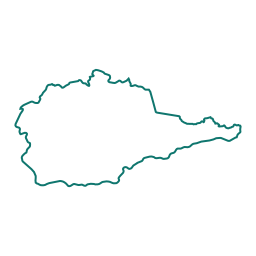 Yevrey, Robinson projection
{"feature_id": "RUS-2613", "entity_name": "Yevrey", "entity_type": "Autonomous Region", "adm_level": 1, "iso_a3": "RUS", "parent_name": "Russia", "parent_adm1": "", "projection": "robinson", "projection_center": [132.69, 48.574], "detail": "fine", "context": "isolated", "style": "outline", "palette": "teal", "viewbox_px": 256, "rotation_deg": 0, "n_neighbors": 0, "source": "natural_earth", "source_scale": "10m", "svg_char_len": 5735}
<svg xmlns="http://www.w3.org/2000/svg" viewBox="0 0 256 256"><path d="M20.8,134.2L20.2,133.8L19.6,132.2L19.5,131.5L19.6,130.8L19.9,129.6L19.9,128.8L19.3,127.8L18.2,127.4L17.0,127.1L15.9,126.4L15.4,125.3L15.6,124.0L20.4,113.8L22.4,110.9L22.9,109.9L22.8,109.1L21.6,108.7L20.4,108.8L20.7,107.7L21.2,107.1L22.8,105.7L24.3,104.8L30.7,101.9L31.3,101.7L32.1,101.7L32.6,101.7L33.0,101.9L34.4,102.6L35.3,102.9L36.6,103.0L37.6,103.0L38.1,102.8L38.5,102.6L38.7,102.2L40.0,99.9L40.3,99.1L40.3,98.7L40.2,98.4L39.7,97.6L39.8,97.2L39.9,96.7L40.4,96.1L40.8,95.8L41.3,95.5L41.6,95.2L42.1,94.6L42.8,93.2L43.0,92.8L45.6,90.0L46.0,89.3L46.2,88.9L46.6,87.3L47.1,86.3L47.7,85.5L48.2,85.1L48.7,84.9L50.3,84.7L50.7,84.7L51.7,84.2L52.0,84.1L52.4,84.2L52.6,84.4L52.9,84.9L53.3,85.0L54.0,85.0L54.4,85.5L54.6,85.7L55.0,85.7L56.6,85.1L57.3,84.9L58.6,84.9L59.1,85.0L59.4,85.3L60.0,85.7L60.6,86.1L62.0,87.6L62.3,87.7L62.8,87.7L63.5,87.4L64.3,86.9L64.9,86.4L66.0,85.6L68.6,84.3L68.9,84.1L69.4,83.0L69.6,82.8L70.0,82.6L70.3,82.5L78.1,81.1L78.4,80.8L78.9,80.3L79.2,80.1L79.7,80.1L80.5,80.3L80.9,80.5L81.2,80.8L82.3,82.4L82.8,82.9L83.1,83.1L83.4,83.2L83.9,83.3L85.2,83.4L85.6,83.5L85.9,83.7L86.5,84.5L88.4,85.8L88.8,85.8L89.1,85.8L89.3,85.4L89.3,85.1L89.1,84.1L88.9,83.5L88.4,82.6L88.2,82.0L88.1,81.4L88.2,81.0L88.4,80.8L88.7,80.5L89.5,80.0L89.9,79.6L90.1,78.9L90.1,78.2L90.0,77.5L89.8,77.0L90.0,76.8L93.1,76.2L93.5,76.0L93.6,75.7L92.3,74.2L92.3,73.9L92.7,72.9L93.1,71.4L93.3,71.1L95.9,69.9L96.8,70.0L98.3,70.3L101.6,71.4L103.8,72.5L104.3,73.3L104.8,73.7L108.7,75.0L109.4,75.4L109.8,75.8L110.1,77.1L110.1,77.8L110.0,78.2L109.9,78.5L109.7,78.9L108.5,80.3L108.4,80.6L108.3,80.9L108.4,81.2L108.5,81.5L109.1,82.0L109.5,82.2L110.1,82.3L111.8,82.6L112.8,82.8L114.6,83.0L115.1,82.9L115.7,82.7L117.9,81.4L118.5,81.0L118.8,80.8L119.2,80.6L119.9,80.8L120.4,80.9L120.7,81.2L121.4,81.9L122.0,82.3L122.5,82.4L123.4,82.2L126.6,80.7L128.6,78.6L129.2,79.8L129.3,81.2L130.4,83.2L130.7,83.8L130.7,84.1L130.6,85.3L130.6,85.6L130.9,85.9L131.4,86.0L131.8,86.0L132.7,85.9L134.8,85.2L135.3,85.2L136.0,85.4L137.3,86.1L138.6,86.6L140.5,86.6L141.8,86.9L142.4,87.2L143.1,87.7L144.2,88.8L144.8,89.3L145.4,89.6L145.8,89.7L148.9,89.7L150.3,91.8L153.3,102.6L155.8,111.9L156.4,112.4L157.5,112.7L179.1,116.2L179.6,116.6L179.8,116.9L179.8,117.5L179.8,117.8L180.0,118.4L180.2,118.9L181.1,119.7L181.3,119.9L181.5,120.5L181.8,121.0L184.1,122.5L184.5,122.7L185.8,123.1L186.3,123.5L186.8,123.7L187.4,123.8L188.7,123.8L189.9,123.9L192.4,123.9L192.7,123.9L193.4,124.3L195.0,124.1L196.1,124.2L196.3,124.1L196.6,123.7L197.1,123.4L198.5,123.1L199.5,123.0L199.9,122.9L200.4,122.7L201.3,121.7L201.5,121.5L201.9,121.4L202.5,121.4L202.9,121.6L203.1,121.8L203.4,122.1L203.5,122.2L203.8,122.1L204.3,120.9L204.4,120.6L204.1,120.0L204.0,119.7L204.1,119.3L204.3,119.0L204.8,118.5L205.2,118.4L205.6,118.3L206.3,118.3L207.5,118.1L210.5,117.2L211.1,118.2L211.3,118.4L211.8,118.5L212.3,118.5L212.7,118.8L213.1,119.7L213.3,120.7L213.5,121.0L215.3,122.8L215.4,123.0L215.2,123.2L215.2,123.4L215.3,123.6L215.8,123.6L217.0,123.3L217.4,123.4L218.3,124.2L218.9,124.6L219.1,124.9L219.1,125.2L218.7,125.8L218.6,126.1L218.8,126.3L219.1,126.5L222.6,126.2L223.4,125.9L223.8,125.5L224.1,125.4L224.4,125.5L224.8,125.9L225.3,126.8L226.0,127.6L226.8,128.0L227.4,128.2L228.5,128.3L229.7,127.8L230.8,127.6L231.7,127.0L232.7,126.7L233.0,126.6L233.3,126.3L233.8,125.2L234.0,124.9L234.3,124.7L234.7,124.6L235.1,124.7L235.5,124.8L236.4,125.3L236.8,125.4L237.1,125.4L238.2,125.0L238.5,125.0L239.3,125.6L239.9,125.7L240.2,125.7L240.4,126.0L240.6,126.7L240.3,128.4L240.2,129.8L240.4,131.8L240.3,132.0L240.2,132.3L238.2,134.0L237.5,134.9L236.7,137.3L235.6,137.5L229.8,140.8L228.9,140.9L228.0,140.8L221.1,138.0L220.2,137.9L216.4,138.2L216.0,138.3L213.5,139.4L209.4,140.5L201.3,141.6L196.8,143.2L193.8,143.7L192.9,144.0L192.1,144.5L190.0,146.4L189.2,146.8L187.7,147.2L184.7,147.0L184.2,147.1L183.3,147.4L181.5,148.3L180.6,148.6L177.6,148.6L176.8,149.0L176.1,149.8L175.0,151.7L174.2,152.5L173.4,152.9L171.8,153.3L171.0,153.6L170.4,154.1L169.9,154.7L169.6,155.3L169.3,156.1L168.7,157.4L167.9,158.1L166.9,158.5L163.8,158.9L163.1,158.8L161.2,158.0L160.4,157.8L159.5,157.8L156.7,158.2L155.6,158.1L155.0,157.9L154.1,157.2L153.6,157.0L151.6,156.5L149.7,156.6L144.9,157.8L144.1,158.1L143.4,158.7L142.9,159.6L142.5,160.4L141.9,161.0L141.5,161.2L137.3,162.9L137.2,163.1L133.4,165.5L132.9,166.1L131.8,167.7L131.2,168.3L130.4,168.6L129.6,168.9L128.9,168.8L128.2,168.4L127.0,167.5L126.2,167.2L125.3,167.1L124.5,167.3L123.8,167.7L123.4,168.1L123.2,168.5L123.0,169.0L123.1,169.5L123.6,170.8L123.6,171.3L123.4,172.1L123.0,172.9L120.4,175.6L119.0,177.3L118.8,177.7L118.6,178.1L118.6,178.5L119.0,179.6L119.1,180.1L119.0,180.6L118.7,181.2L117.8,182.2L117.3,182.6L116.7,183.0L116.1,183.2L113.7,183.3L112.5,183.0L109.8,181.8L108.1,181.5L106.4,181.4L102.9,181.9L102.2,182.1L99.7,183.7L99.1,184.0L97.7,184.3L95.4,184.4L94.0,184.0L90.8,183.8L87.8,184.3L87.3,184.5L86.0,185.5L85.6,185.7L85.1,185.8L84.6,185.7L84.1,185.6L82.6,184.9L82.1,184.7L81.1,184.7L79.2,185.0L78.3,185.0L74.4,184.0L73.4,184.1L70.7,185.8L70.2,186.0L69.7,186.1L68.8,186.1L68.3,186.0L68.0,185.7L66.0,183.5L64.4,182.3L62.8,181.5L61.1,181.1L59.9,181.0L49.3,183.1L47.1,183.9L45.2,184.9L43.9,185.2L42.9,185.3L40.9,185.2L39.8,184.8L37.8,183.7L36.9,183.5L35.7,182.6L35.5,180.4L35.7,178.0L35.7,176.0L34.0,172.0L31.5,169.2L22.7,161.4L22.3,160.5L22.1,159.1L21.8,158.1L21.8,157.2L22.4,155.9L24.0,154.2L25.2,153.2L26.0,152.8L26.4,152.5L26.9,150.2L27.2,149.5L27.5,149.0L29.8,146.6L30.0,145.8L30.1,144.3L30.0,143.3L29.6,142.9L29.0,142.7L28.4,142.4L27.8,141.9L27.5,141.4L27.0,140.2L26.0,138.3L25.8,137.2L26.2,136.0L26.9,134.7L26.9,133.6L26.1,132.9L24.7,132.8L20.8,134.2Z" fill="none" stroke="#0f766e" stroke-width="2"/></svg>